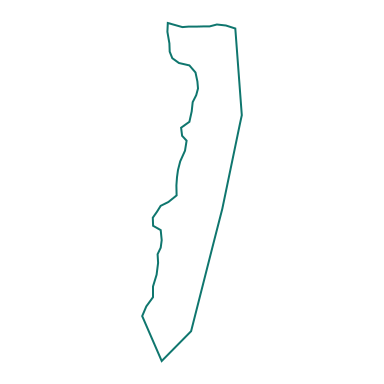 the district of Logradouro, Paraíba, Brazil
{"feature_id": "56859067B98987286489864", "entity_name": "Logradouro", "entity_type": "district", "adm_level": 2, "iso_a3": "BRA", "parent_name": "Brazil", "parent_adm1": "Paraíba", "projection": "natural_earth1", "projection_center": [-35.434, -6.559], "detail": "fine", "context": "isolated", "style": "outline", "palette": "teal", "viewbox_px": 384, "rotation_deg": 0, "n_neighbors": 0, "source": "geoboundaries", "source_scale": "gbopen_adm2", "svg_char_len": 743}
<svg xmlns="http://www.w3.org/2000/svg" viewBox="0 0 384 384"><path d="M167.8,23.0L167.4,31.8L169.4,43.4L169.7,51.7L172.3,58.2L178.9,63.0L189.4,65.4L195.5,72.5L197.4,81.5L198.0,88.5L196.2,95.2L192.7,102.1L191.7,111.4L189.4,121.8L181.1,127.7L182.1,135.8L186.6,140.7L185.0,150.7L180.2,161.4L178.0,170.0L177.0,177.2L176.4,185.4L176.6,195.4L168.4,202.0L160.7,205.8L157.0,211.7L152.8,217.7L153.1,225.8L160.7,230.1L161.7,240.2L160.7,247.7L157.6,254.2L158.1,262.9L156.6,274.7L153.0,286.5L153.0,297.2L146.3,306.4L142.2,316.1L161.7,361.0L191.1,331.2L212.7,246.2L222.3,208.8L239.9,124.0L241.8,115.2L235.3,28.5L225.9,25.5L216.9,24.5L209.6,26.4L203.8,26.4L196.5,26.6L188.5,26.6L182.4,27.1L167.8,23.0Z" fill="none" stroke="#0f766e" stroke-width="2"/></svg>